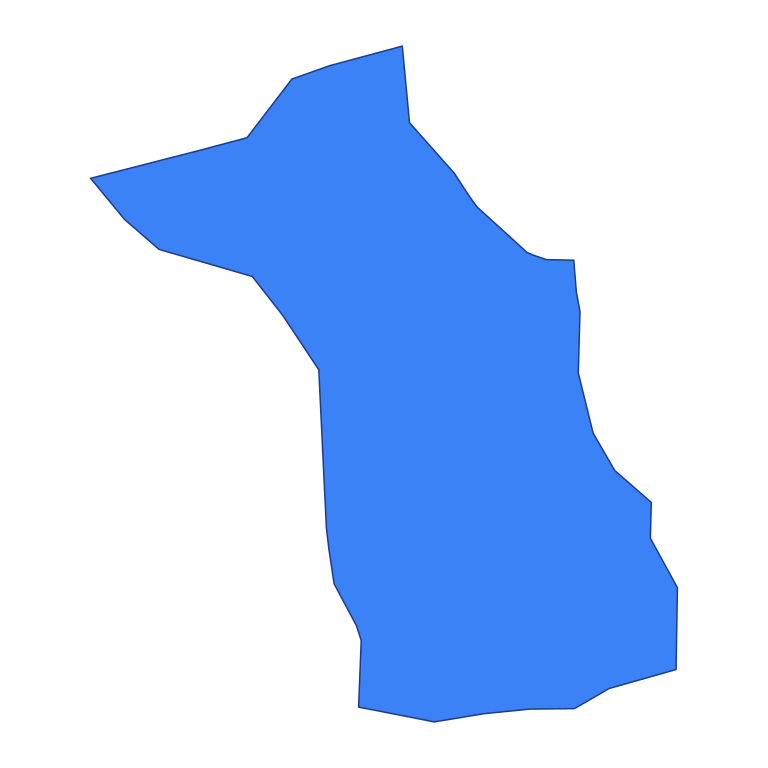 O'lziit, Övörhangay, Mongolia (Mercator projection)
{"feature_id": "93677404B71645043055089", "entity_name": "O'lziit", "entity_type": "district", "adm_level": 2, "iso_a3": "MNG", "parent_name": "Mongolia", "parent_adm1": "Övörhangay", "projection": "mercator", "projection_center": [103.414, 46.516], "detail": "fine", "context": "isolated", "style": "filled", "palette": "blue", "viewbox_px": 768, "rotation_deg": 0, "n_neighbors": 0, "source": "geoboundaries", "source_scale": "gbopen_adm2", "svg_char_len": 643}
<svg xmlns="http://www.w3.org/2000/svg" viewBox="0 0 768 768"><path d="M676.1,669.5L677.4,587.6L650.4,538.3L651.3,502.4L614.8,470.6L593.1,433.0L578.3,373.0L580.0,311.7L576.4,292.4L573.8,260.4L573.8,260.2L546.5,259.6L533.8,255.3L527.1,252.5L476.9,206.8L468.6,195.2L454.2,173.1L409.5,122.7L402.3,46.1L402.2,46.1L329.9,65.6L291.9,79.0L247.0,137.7L197.4,150.9L90.6,178.3L124.4,219.3L159.0,249.4L252.3,276.5L282.5,315.1L318.8,369.8L323.5,468.2L326.4,527.9L328.9,549.2L334.1,583.8L356.5,625.8L361.2,640.5L358.6,707.1L434.2,721.9L483.1,713.8L529.3,709.1L574.5,708.6L609.1,688.5L676.1,669.5Z" fill="#3b82f6" stroke="#1e3a8a" stroke-width="1.5"/></svg>